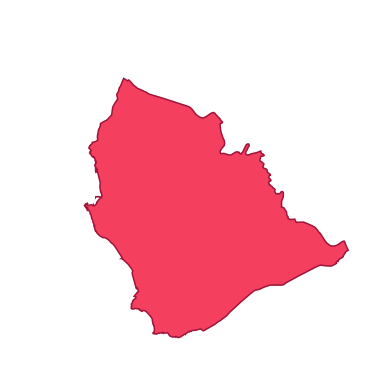 the district of Kota Parepare, Sulawesi Selatan, Indonesia, rotated 331°
{"feature_id": "22746128B37987509465042", "entity_name": "Kota Parepare", "entity_type": "district", "adm_level": 2, "iso_a3": "IDN", "parent_name": "Indonesia", "parent_adm1": "Sulawesi Selatan", "projection": "orthographic", "projection_center": [119.648, -4.02], "detail": "fine", "context": "isolated", "style": "filled", "palette": "rose", "viewbox_px": 384, "rotation_deg": 331, "n_neighbors": 0, "source": "geoboundaries", "source_scale": "gbopen_adm2", "svg_char_len": 5938}
<svg xmlns="http://www.w3.org/2000/svg" viewBox="0 0 384 384"><g transform="rotate(331 192 192)"><path d="M284.0,324.3L284.2,323.1L285.7,322.9L286.0,323.3L286.1,323.1L286.4,323.4L287.5,322.5L288.6,322.2L291.9,322.2L293.0,321.8L293.2,321.4L294.8,320.3L296.0,320.0L296.9,319.0L300.5,318.6L300.4,317.8L301.0,311.7L301.5,309.1L301.2,308.6L299.8,308.3L298.2,308.3L295.9,308.7L292.8,308.8L290.1,308.2L287.7,306.7L286.6,305.4L285.2,302.1L284.7,299.6L284.1,290.2L283.7,290.1L283.1,285.1L282.4,282.3L279.3,277.8L275.0,272.4L268.4,269.0L268.7,265.5L266.1,264.4L265.3,263.9L264.7,263.9L264.1,262.9L263.2,262.0L263.7,260.7L263.9,260.6L264.0,259.6L263.6,258.6L264.9,255.6L264.8,255.0L265.0,254.1L264.7,252.9L264.9,251.6L264.8,250.8L263.8,249.1L263.0,248.3L264.0,246.9L265.9,243.5L268.8,241.1L269.9,239.8L270.1,239.1L270.8,238.3L271.7,236.5L271.4,235.6L270.5,235.1L269.9,235.1L268.6,235.9L267.7,235.9L266.1,235.0L265.4,235.0L264.6,234.4L264.7,231.5L265.9,229.9L264.9,227.6L264.7,226.3L263.7,224.2L263.8,223.7L263.4,223.5L263.2,223.2L263.6,221.2L264.5,220.1L265.0,220.0L266.0,220.5L266.2,220.3L266.0,220.0L266.7,220.0L266.7,218.8L266.1,217.5L266.4,216.2L267.3,215.5L267.6,215.0L268.6,215.4L269.0,215.0L269.0,214.5L267.5,211.0L268.4,209.1L267.9,207.6L266.7,206.4L266.2,205.4L266.1,204.5L268.5,202.4L268.1,200.8L266.5,197.3L267.2,196.4L268.0,195.9L268.5,195.1L269.8,194.2L271.5,195.0L272.7,195.1L272.9,193.8L271.4,191.7L272.0,189.5L267.6,188.9L261.9,187.2L260.4,187.3L259.0,186.7L258.0,186.5L257.5,185.0L257.9,183.7L259.2,182.5L260.9,181.7L262.9,180.1L264.5,179.3L265.0,177.8L264.5,177.2L263.8,176.9L263.6,177.1L262.9,177.0L261.9,177.2L255.6,181.7L255.1,182.0L254.4,181.9L253.3,182.6L252.3,181.3L252.6,180.9L252.3,179.8L251.9,179.7L250.9,178.7L249.5,178.2L243.8,178.5L242.3,177.5L238.6,173.7L235.6,172.2L236.0,170.6L236.7,169.7L239.2,168.3L242.9,166.9L244.4,164.8L245.1,162.7L245.3,159.9L246.3,154.3L247.6,150.2L249.2,146.8L249.8,145.9L251.6,146.2L252.5,145.9L252.6,145.4L252.0,144.0L251.9,141.4L250.5,136.2L250.2,134.2L249.4,132.9L248.0,132.5L246.2,132.4L240.7,132.9L237.9,132.8L237.1,132.4L235.6,130.9L234.5,129.3L233.1,126.2L232.2,119.8L231.4,117.3L230.4,115.6L212.5,96.4L202.2,85.8L199.8,81.9L194.5,74.7L192.6,69.8L191.6,65.1L191.1,63.6L190.7,63.2L189.5,63.5L187.4,59.5L185.2,61.1L181.0,64.6L178.8,65.7L176.5,68.3L173.5,70.1L172.0,74.7L167.6,76.9L163.7,79.4L159.1,85.6L153.0,87.7L145.2,87.7L143.3,90.3L140.5,92.2L136.2,97.5L134.4,101.2L130.9,101.0L128.9,100.2L128.3,101.1L124.8,102.1L123.1,103.6L124.0,106.9L122.0,107.5L122.1,108.1L121.7,108.2L121.9,108.4L121.5,109.1L121.9,109.3L121.9,109.9L121.7,109.9L121.9,111.3L121.7,111.6L122.3,113.7L123.0,113.4L123.2,114.1L123.4,114.4L123.4,115.1L123.0,115.5L123.0,116.9L123.2,117.1L123.1,117.5L122.8,117.5L123.0,117.8L122.5,118.3L122.8,118.9L122.3,119.1L122.3,119.3L122.5,119.5L122.3,120.0L121.9,119.9L121.3,120.3L121.4,120.6L120.8,120.7L119.9,121.6L120.0,122.4L119.5,123.1L120.0,125.3L120.0,126.6L119.8,127.1L119.6,127.1L119.6,125.0L118.7,125.0L118.0,127.0L117.8,127.0L117.5,128.2L119.2,128.3L116.2,139.5L113.8,143.0L112.1,147.7L112.4,147.8L111.8,150.3L111.4,151.3L110.8,151.1L111.3,151.4L110.3,153.0L108.6,151.0L105.6,149.5L105.4,149.8L105.6,149.7L108.4,151.1L109.5,152.4L103.6,154.9L103.7,155.3L103.2,155.4L102.9,156.0L99.9,156.7L99.5,156.5L99.7,156.2L99.5,156.4L99.0,156.1L99.2,155.7L98.9,155.9L98.6,155.1L97.7,154.4L94.3,153.0L94.0,151.6L95.1,151.4L95.1,151.2L93.9,151.5L94.4,151.2L93.8,151.3L93.5,151.2L93.6,150.9L93.4,150.9L93.5,151.2L92.6,151.1L92.1,151.5L92.2,152.7L91.8,152.6L91.7,151.6L91.4,151.6L91.5,153.6L91.8,153.6L91.8,153.0L92.2,152.9L92.6,155.0L91.9,155.1L91.9,154.5L91.7,154.5L91.8,156.1L92.0,156.0L91.9,155.2L92.6,155.2L92.6,156.0L92.8,155.9L92.6,156.4L92.1,156.4L92.1,157.2L92.4,157.2L92.2,157.5L93.2,157.6L92.5,157.7L92.7,157.8L92.7,158.5L92.4,158.6L92.8,158.6L93.0,159.7L92.4,161.9L92.6,162.9L91.4,166.8L91.5,167.2L91.2,169.5L90.7,170.3L90.6,173.1L90.4,173.1L90.5,174.7L90.0,174.8L90.1,174.2L89.8,174.1L88.6,179.6L88.9,179.7L89.1,179.2L89.0,181.7L89.9,185.2L91.7,188.4L92.5,189.1L93.4,189.4L95.2,192.1L96.2,194.6L96.6,197.1L97.6,199.1L98.2,202.3L99.0,215.0L99.0,216.0L97.9,216.0L98.2,216.2L99.2,218.2L101.2,224.4L102.0,230.8L101.9,232.3L100.5,233.6L99.9,235.2L96.6,248.8L96.5,249.7L96.8,250.0L96.9,249.9L96.7,249.7L96.7,249.3L97.2,247.3L97.2,248.3L96.9,249.6L97.6,249.8L96.9,253.2L95.8,253.1L90.7,255.2L92.1,256.6L91.9,257.0L91.1,257.6L89.0,257.9L88.8,257.8L88.1,258.4L87.7,258.3L87.3,259.1L86.9,259.1L86.3,259.8L85.2,260.5L84.6,260.5L84.4,261.2L84.2,261.1L84.4,261.2L84.2,262.1L83.8,262.7L83.1,263.0L82.5,264.1L82.8,264.5L82.8,265.3L84.5,266.1L85.6,266.2L88.6,268.3L88.8,268.3L88.8,269.6L89.4,270.6L89.6,270.5L89.5,270.8L90.4,272.2L90.8,272.2L91.8,271.8L93.1,272.9L94.1,274.8L95.3,279.8L95.6,282.4L95.6,283.6L95.3,284.8L94.6,285.9L94.6,286.9L93.8,288.5L93.9,289.8L93.7,290.2L93.9,290.6L93.6,290.8L93.6,291.5L92.5,293.9L91.4,295.7L91.2,296.0L90.1,296.0L89.5,296.4L89.4,297.0L90.1,297.3L90.1,297.7L91.4,298.4L91.9,299.1L94.0,299.1L94.8,299.6L96.4,300.1L97.6,301.0L97.7,300.6L98.0,300.6L98.3,301.2L98.5,300.7L99.3,301.9L100.6,302.7L102.1,303.1L102.6,304.0L102.6,305.8L102.8,306.3L102.8,306.8L103.2,307.5L103.1,307.9L104.5,308.9L104.6,309.3L105.1,309.7L106.6,310.1L106.9,310.5L107.2,310.5L107.2,310.8L107.8,310.6L108.5,311.1L108.6,311.4L108.5,311.6L108.5,312.0L109.0,312.1L109.6,312.8L110.6,312.9L111.9,313.3L113.0,312.9L114.4,313.1L116.1,312.6L116.6,312.8L116.9,313.4L117.8,313.0L121.5,312.6L121.8,313.1L122.3,312.9L123.0,313.1L123.6,313.5L124.8,313.3L125.7,313.5L128.5,314.8L129.7,315.0L131.5,315.6L132.7,315.4L134.6,318.9L134.8,319.0L148.2,318.8L151.5,318.2L154.5,318.2L157.4,317.7L162.0,317.1L166.5,315.5L180.8,312.0L193.8,309.3L197.9,308.6L199.9,308.6L203.2,309.7L209.2,310.2L215.2,311.3L225.1,316.8L227.0,317.5L227.9,317.5L230.0,317.0L244.4,317.1L264.6,317.7L268.8,318.2L273.6,321.7L278.1,324.4L283.5,324.5L284.0,324.3Z" fill="#f43f5e" stroke="#9f1239" stroke-width="1.5"/></g></svg>